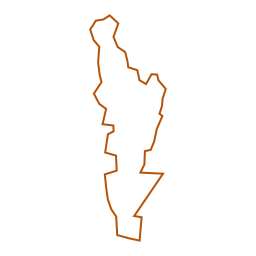 Uchkuprik, Ferghana, Uzbekistan
{"feature_id": "79887680B70026965799334", "entity_name": "Uchkuprik", "entity_type": "district", "adm_level": 2, "iso_a3": "UZB", "parent_name": "Uzbekistan", "parent_adm1": "Ferghana", "projection": "robinson", "projection_center": [71.019, 40.509], "detail": "fine", "context": "isolated", "style": "outline", "palette": "amber", "viewbox_px": 256, "rotation_deg": 0, "n_neighbors": 0, "source": "geoboundaries", "source_scale": "gbopen_adm2", "svg_char_len": 755}
<svg xmlns="http://www.w3.org/2000/svg" viewBox="0 0 256 256"><path d="M162.4,116.0L159.5,113.8L162.0,106.0L162.6,98.5L165.8,89.0L158.5,80.4L157.1,74.6L151.6,74.2L146.0,84.1L139.5,80.2L137.3,70.2L128.3,67.3L127.5,61.5L125.2,52.1L117.7,47.0L113.5,36.9L118.3,23.4L109.7,15.4L103.3,19.5L95.8,20.7L90.2,29.5L93.7,40.1L99.3,46.8L98.1,62.3L99.6,74.5L101.5,82.1L93.9,93.6L99.2,103.8L106.1,108.9L103.4,120.8L102.5,124.2L113.4,125.5L113.6,131.3L107.9,134.3L105.2,152.5L116.0,155.6L116.7,170.6L104.8,174.4L106.2,187.7L107.8,199.3L111.3,209.3L116.2,216.6L117.2,235.1L128.6,238.2L139.6,240.6L141.6,217.3L134.2,216.0L163.0,173.7L140.4,172.6L144.4,164.4L144.9,151.1L150.7,149.9L154.1,141.6L156.8,129.0L162.4,116.0Z" fill="none" stroke="#b45309" stroke-width="2"/></svg>